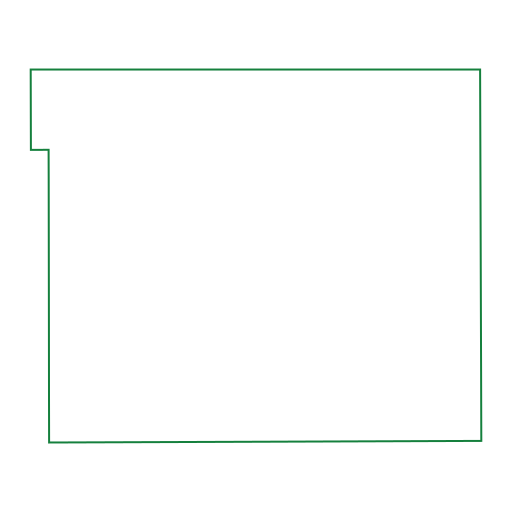 Chical Có, La Pampa, Argentina
{"feature_id": "61730980B98672472309924", "entity_name": "Chical Có", "entity_type": "district", "adm_level": 2, "iso_a3": "ARG", "parent_name": "Argentina", "parent_adm1": "La Pampa", "projection": "robinson", "projection_center": [-67.812, -36.401], "detail": "fine", "context": "isolated", "style": "outline", "palette": "green", "viewbox_px": 512, "rotation_deg": 0, "n_neighbors": 0, "source": "geoboundaries", "source_scale": "gbopen_adm2", "svg_char_len": 349}
<svg xmlns="http://www.w3.org/2000/svg" viewBox="0 0 512 512"><path d="M480.1,69.5L456.0,69.5L453.6,69.5L41.1,69.5L30.7,69.5L30.9,149.9L31.0,149.9L48.6,149.8L48.7,180.4L48.9,313.4L49.0,394.3L49.0,396.7L49.1,442.5L49.6,442.5L270.6,441.7L481.3,440.9L481.2,408.2L481.1,372.9L480.1,69.5L480.1,69.5Z" fill="none" stroke="#15803d" stroke-width="2"/></svg>